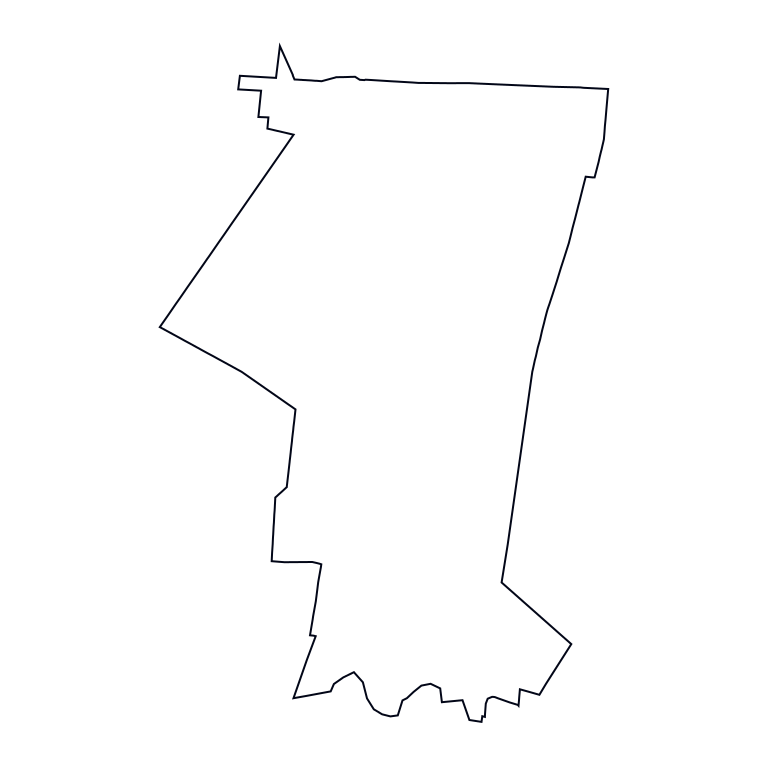 San Raymundo Jalpan, Oaxaca, Mexico (Equal Earth projection)
{"feature_id": "50627088B22735583754735", "entity_name": "San Raymundo Jalpan", "entity_type": "district", "adm_level": 2, "iso_a3": "MEX", "parent_name": "Mexico", "parent_adm1": "Oaxaca", "projection": "equal_earth", "projection_center": [-96.757, 16.981], "detail": "fine", "context": "isolated", "style": "outline", "palette": "ink", "viewbox_px": 768, "rotation_deg": 0, "n_neighbors": 0, "source": "geoboundaries", "source_scale": "gbopen_adm2", "svg_char_len": 2959}
<svg xmlns="http://www.w3.org/2000/svg" viewBox="0 0 768 768"><path d="M293.5,698.2L306.5,695.9L330.7,691.4L333.9,684.0L343.3,677.4L353.9,672.2L362.9,682.3L367.0,698.4L373.8,709.3L382.1,714.3L390.4,716.4L397.8,715.4L402.5,700.4L406.9,698.2L413.6,691.9L421.4,685.6L430.6,683.8L440.2,688.4L441.9,702.2L462.5,700.2L469.4,720.0L481.5,721.9L482.3,716.2L484.9,716.9L485.0,714.3L485.8,703.6L487.7,698.7L491.5,697.1L492.0,696.9L493.2,696.9L494.4,697.0L495.2,697.2L497.7,698.2L499.7,698.9L509.6,702.4L517.8,704.9L518.5,705.7L519.0,700.3L519.2,697.4L519.9,689.3L528.9,691.8L539.4,694.8L546.0,683.8L571.3,644.1L557.7,632.1L501.6,582.5L507.7,544.6L532.3,371.7L533.0,368.8L534.8,360.4L535.9,356.3L537.8,347.6L540.1,339.5L542.1,330.5L544.1,322.8L545.0,319.0L546.5,313.2L547.3,310.3L548.1,307.8L549.4,304.1L552.5,294.7L555.3,286.0L556.7,281.7L557.9,277.7L560.8,268.2L564.1,258.0L567.3,247.9L568.8,243.2L570.4,236.9L571.5,232.4L572.6,227.8L575.1,218.5L577.6,208.6L578.4,205.4L579.3,202.1L580.1,198.9L582.8,188.1L585.2,178.7L585.7,176.7L592.4,177.4L594.6,177.4L598.6,162.0L599.8,156.5L601.0,151.6L601.6,149.4L602.4,145.8L603.3,142.0L603.9,139.3L604.5,131.9L604.9,126.0L605.5,120.0L606.6,107.0L608.2,89.0L583.5,87.8L580.2,87.4L553.7,86.8L511.5,85.0L479.3,83.6L468.4,83.1L450.1,83.2L418.0,82.9L412.6,82.5L395.6,81.5L391.8,81.3L377.3,80.4L371.0,80.0L365.4,79.7L364.5,80.1L359.8,79.8L357.3,78.2L355.1,76.8L350.2,76.9L347.8,77.0L343.9,77.1L336.2,77.2L334.7,77.7L333.1,78.1L323.1,80.8L322.4,81.0L321.7,81.2L320.1,81.1L316.7,80.8L315.7,80.8L314.0,80.7L312.0,80.5L310.4,80.4L306.8,80.2L305.5,80.1L302.8,80.0L302.0,79.9L301.5,79.9L297.1,79.6L294.5,79.5L292.8,75.5L292.9,75.1L279.9,46.1L276.0,77.9L239.9,75.8L238.2,89.4L261.1,90.7L258.4,117.0L268.4,117.4L267.4,128.6L293.6,134.7L290.6,139.0L285.7,146.1L281.3,152.4L276.1,159.9L269.0,170.1L258.7,184.9L251.6,195.1L250.4,196.8L238.3,214.2L232.2,222.9L225.1,233.2L218.8,242.2L208.8,256.7L207.2,258.9L203.7,264.0L189.5,284.3L187.6,287.0L183.0,293.7L179.6,298.6L176.2,303.4L168.8,314.2L159.8,327.1L173.4,334.5L181.3,338.8L184.5,340.6L188.8,342.9L196.8,347.3L198.7,348.3L200.8,349.5L203.7,351.1L205.9,352.3L208.1,353.5L210.0,354.5L213.2,356.2L217.9,358.8L241.6,371.8L288.3,404.4L292.1,407.0L294.2,408.5L295.5,409.4L294.2,421.3L293.5,426.8L293.2,430.1L292.6,434.9L292.1,439.3L292.0,440.9L291.7,443.4L291.1,448.4L290.7,452.4L290.2,456.8L289.8,460.2L289.6,462.2L288.5,471.9L288.3,473.6L287.9,477.1L287.6,479.6L287.1,484.0L286.8,486.5L286.8,487.1L285.9,487.9L281.9,491.6L278.4,494.7L276.8,496.2L275.3,497.5L275.0,503.4L274.9,505.1L274.8,507.3L274.6,510.8L274.3,514.5L273.9,522.8L273.6,526.6L273.2,534.5L273.0,537.3L272.8,541.5L272.7,544.0L272.1,552.8L271.7,561.2L284.4,562.2L312.3,562.0L316.7,563.0L319.8,563.8L321.3,564.3L320.9,567.2L319.7,573.8L318.2,582.2L317.2,590.4L315.8,601.4L313.1,616.4L312.7,619.3L310.0,635.3L311.9,635.5L313.3,635.6L314.5,635.9L315.7,636.2L306.9,659.8L293.5,698.2Z" fill="none" stroke="#020617" stroke-width="2"/></svg>